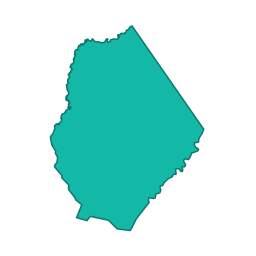 outline of Lascano, Rocha, Uruguay, rotated 10°
{"feature_id": "84410073B78033052347779", "entity_name": "Lascano", "entity_type": "district", "adm_level": 2, "iso_a3": "URY", "parent_name": "Uruguay", "parent_adm1": "Rocha", "projection": "albers", "projection_center": [-54.358, -33.755], "detail": "fine", "context": "isolated", "style": "filled", "palette": "teal", "viewbox_px": 256, "rotation_deg": 10, "n_neighbors": 0, "source": "geoboundaries", "source_scale": "gbopen_adm2", "svg_char_len": 5206}
<svg xmlns="http://www.w3.org/2000/svg" viewBox="0 0 256 256"><g transform="rotate(10 128 128)"><path d="M72.4,47.8L72.5,48.3L72.5,48.6L72.3,48.7L72.0,48.7L71.4,48.5L70.8,48.7L70.6,49.0L70.5,49.4L70.6,49.6L71.4,49.7L72.0,49.8L72.1,50.0L72.0,50.3L71.9,50.6L71.7,50.8L70.7,51.0L70.4,51.2L70.2,52.3L70.0,52.7L69.9,52.9L69.9,53.2L69.6,53.5L69.4,54.0L69.2,54.1L68.6,53.9L68.6,53.6L69.0,53.3L69.0,53.2L68.9,53.0L68.7,53.0L67.8,53.2L67.3,53.4L66.7,54.0L66.8,54.4L66.8,54.6L66.5,55.4L66.3,55.5L66.0,55.5L65.7,55.2L65.4,55.2L65.3,55.3L65.2,55.5L65.2,56.6L64.8,57.5L65.1,59.1L65.0,60.1L64.8,60.1L64.3,59.7L63.8,59.6L62.8,60.5L62.7,60.7L62.4,61.6L62.4,62.1L62.7,63.9L62.7,64.3L62.5,64.9L62.6,65.1L62.8,65.3L63.0,65.2L63.0,64.8L63.3,64.9L63.4,65.0L63.6,66.0L63.3,66.4L63.2,67.5L62.9,67.7L62.9,68.2L62.8,68.5L62.5,69.0L62.4,69.2L62.9,69.4L62.9,69.6L62.6,69.7L62.5,69.8L62.5,70.4L62.8,70.6L62.9,70.8L62.8,71.6L63.2,72.6L63.3,73.2L63.1,73.9L62.6,74.0L62.3,74.3L62.0,74.2L61.7,74.6L61.6,75.1L61.2,75.1L61.1,75.5L60.8,76.2L60.7,76.6L60.4,77.6L60.9,77.9L60.7,78.2L60.8,78.4L61.0,78.1L61.3,78.2L61.5,78.3L61.6,78.5L62.0,78.6L62.2,78.9L62.2,79.2L62.6,79.3L62.7,79.5L62.4,80.0L62.5,80.3L62.7,80.5L62.4,81.2L62.2,81.2L61.9,81.4L61.8,81.7L61.7,82.1L61.7,82.7L61.8,83.2L61.7,83.3L61.5,83.2L61.1,83.8L60.9,83.8L60.7,84.3L61.0,84.5L60.9,84.6L60.5,84.8L60.5,85.1L60.3,85.2L60.3,85.6L60.0,85.6L60.0,85.8L60.1,86.1L60.8,86.6L60.9,87.2L61.1,87.3L61.5,87.5L61.5,88.1L61.6,88.3L61.5,88.7L61.4,88.8L61.3,89.1L61.1,89.2L60.9,89.5L60.9,89.8L60.8,90.0L60.6,90.1L60.3,90.9L60.4,91.3L60.4,92.3L60.4,92.5L60.7,92.9L60.9,93.6L61.3,93.7L61.3,94.0L61.5,94.0L61.1,94.8L60.5,95.4L60.2,95.8L59.9,96.2L60.5,97.9L60.8,98.0L60.8,98.4L60.8,98.6L61.0,98.8L61.2,99.0L61.3,99.2L61.0,99.6L61.1,99.9L61.3,99.9L61.2,100.3L61.2,100.5L61.7,100.8L61.8,101.3L62.4,101.5L62.5,101.7L62.4,101.9L62.5,102.2L62.9,102.8L63.2,102.9L63.5,103.3L63.4,103.8L63.6,104.9L63.6,105.1L63.3,105.4L63.4,105.6L63.4,106.1L63.3,106.3L63.2,106.5L62.8,106.5L62.7,106.8L62.4,106.8L62.0,107.0L61.9,107.2L62.0,107.6L62.0,107.8L61.7,108.0L61.7,108.3L61.8,108.4L62.3,108.3L62.4,108.5L61.7,109.0L61.5,109.6L61.8,109.8L61.9,110.4L62.0,110.5L62.4,110.2L62.8,110.1L63.0,110.2L63.0,110.3L62.6,110.5L62.4,111.1L62.6,111.5L62.8,111.5L63.0,111.4L63.1,111.0L63.2,110.9L63.9,111.2L64.1,111.2L64.5,111.0L64.8,111.1L64.8,111.3L64.6,111.8L64.6,112.2L65.0,112.3L65.2,112.2L65.3,112.2L65.3,112.8L65.5,113.2L65.9,113.4L66.3,113.7L66.3,113.9L66.2,114.2L66.0,114.4L65.6,114.3L65.3,114.5L65.2,114.9L65.4,115.4L65.7,115.4L65.9,115.6L66.0,115.8L66.0,116.0L66.0,116.3L65.8,116.8L65.5,117.5L65.3,117.6L65.2,117.8L65.2,118.0L65.3,118.3L65.7,118.5L66.0,118.5L66.8,118.3L67.4,117.9L67.4,117.7L67.4,117.3L67.6,117.2L68.0,117.3L68.3,117.7L68.3,117.9L67.8,119.3L67.6,119.6L67.3,119.7L67.0,119.6L66.3,119.2L65.8,119.3L65.7,119.8L65.5,120.2L65.2,120.5L64.5,120.8L64.1,121.2L63.7,122.3L64.0,122.2L64.1,122.3L64.0,122.9L63.4,123.9L63.1,124.2L62.5,125.0L61.8,125.0L61.6,125.1L61.3,125.5L61.1,125.5L60.9,125.7L60.9,125.8L60.7,126.0L60.4,126.8L60.3,127.3L60.2,128.1L60.4,129.1L60.2,129.9L60.6,130.5L60.9,130.4L61.0,130.5L61.2,130.9L61.2,131.1L60.9,131.2L60.9,131.4L61.2,132.5L61.1,133.4L60.3,134.0L60.1,134.8L59.3,135.2L59.2,135.3L59.2,135.6L59.5,136.1L59.5,136.3L59.2,136.8L58.9,136.8L58.7,136.7L58.6,136.4L58.1,136.6L58.1,136.4L58.1,136.2L57.7,136.2L56.5,136.5L56.3,137.5L56.0,137.9L55.3,138.3L56.0,141.9L55.1,146.2L53.2,150.1L53.8,152.5L56.0,158.0L60.8,163.4L60.9,165.5L63.8,169.2L64.0,174.1L62.5,177.1L62.4,179.0L71.3,186.5L71.4,188.5L79.6,194.4L80.0,198.7L88.6,206.6L88.8,207.8L95.8,211.5L93.0,225.2L103.7,226.3L106.1,221.6L124.7,222.2L134.9,229.2L147.8,228.6L148.8,226.5L152.0,215.9L161.7,197.7L160.7,195.5L160.7,193.0L165.5,193.0L166.9,192.1L167.0,188.3L167.7,187.6L169.2,187.2L170.6,186.2L171.0,184.4L170.9,182.9L169.8,181.1L169.9,179.5L172.0,178.7L172.7,177.5L172.9,175.9L176.1,171.3L180.1,168.2L180.5,166.7L181.1,165.4L183.1,165.4L183.3,164.6L182.0,160.3L183.5,159.4L185.6,159.5L186.6,160.7L187.7,161.6L189.0,161.3L189.2,159.6L188.3,157.7L188.2,156.7L190.4,156.4L191.0,155.4L190.9,153.7L188.9,151.8L188.4,149.8L189.7,148.3L191.5,148.8L193.2,148.4L194.2,145.9L195.2,141.5L198.2,139.9L200.9,138.2L201.1,136.5L197.5,134.9L196.2,132.9L196.1,130.9L199.8,129.8L199.8,125.6L201.8,120.7L202.8,116.1L114.2,26.8L113.7,27.3L113.4,27.7L112.1,28.4L111.9,28.9L111.7,30.4L111.2,31.4L110.4,31.4L109.7,31.9L109.5,32.6L109.4,33.4L108.9,34.5L108.8,35.3L108.1,35.1L107.8,35.8L106.4,35.7L105.7,36.0L105.0,35.9L104.5,36.4L104.5,37.3L103.7,37.6L103.0,37.6L102.1,37.7L101.9,38.6L102.3,39.6L103.0,39.3L103.4,39.6L103.5,39.8L103.4,40.1L102.6,41.4L102.3,42.3L101.9,42.5L101.4,42.7L100.6,42.7L99.0,42.7L98.7,42.7L97.8,43.1L96.9,43.6L95.6,44.2L95.5,44.3L95.4,44.4L95.5,45.5L95.3,45.7L94.7,46.0L93.7,47.2L93.1,47.1L92.8,46.7L92.5,46.1L92.4,45.2L92.5,44.8L92.7,44.3L92.5,43.8L92.2,43.7L91.6,44.1L90.9,44.9L90.7,46.0L90.2,47.0L89.5,47.6L89.1,48.0L88.1,48.4L87.1,48.6L84.6,48.4L83.8,48.2L82.9,48.5L80.9,48.6L80.1,48.4L79.4,48.0L77.9,46.5L77.6,46.5L77.3,46.7L77.0,47.1L77.0,47.5L77.1,48.2L77.0,48.6L76.7,48.8L76.1,48.9L75.4,48.7L73.9,48.6L73.7,48.4L73.5,47.8L73.2,47.7L72.6,47.6L72.4,47.8Z" fill="#14b8a6" stroke="#0f766e" stroke-width="1.5"/></g></svg>